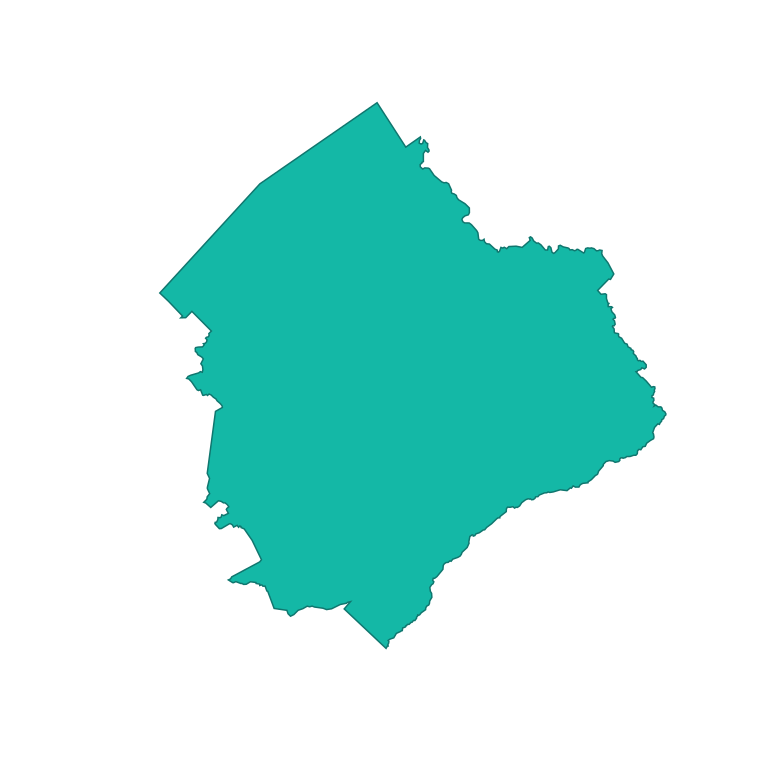 the district of El Alto, Catamarca, Argentina, rotated 225°
{"feature_id": "61730980B19433533444932", "entity_name": "El Alto", "entity_type": "district", "adm_level": 2, "iso_a3": "ARG", "parent_name": "Argentina", "parent_adm1": "Catamarca", "projection": "albers", "projection_center": [-65.454, -28.418], "detail": "fine", "context": "isolated", "style": "filled", "palette": "teal", "viewbox_px": 768, "rotation_deg": 225, "n_neighbors": 0, "source": "geoboundaries", "source_scale": "gbopen_adm2", "svg_char_len": 6171}
<svg xmlns="http://www.w3.org/2000/svg" viewBox="0 0 768 768"><g transform="rotate(225 384 384)"><path d="M606.9,289.8L594.8,290.1L574.5,289.6L574.5,287.1L571.1,290.7L571.2,299.5L543.5,299.4L543.5,295.8L542.0,294.7L541.6,293.1L542.6,291.4L542.5,290.2L540.4,290.1L539.3,288.4L539.1,286.6L540.2,284.8L538.9,284.7L538.6,283.1L538.6,281.9L541.5,278.7L542.9,276.6L542.7,275.7L540.3,273.6L538.8,273.9L536.4,273.1L531.8,274.2L529.5,274.0L527.8,268.8L525.2,268.4L522.2,266.1L520.8,263.8L522.6,262.9L522.9,260.8L526.9,253.5L527.9,250.8L527.5,248.4L525.7,249.5L521.8,249.5L512.2,247.7L510.6,248.2L509.6,250.2L504.3,247.9L503.6,248.3L502.2,251.0L500.7,251.1L500.6,253.2L498.4,254.0L495.3,254.0L492.3,254.6L490.1,254.1L485.9,254.4L483.1,254.1L481.7,253.1L483.8,245.5L445.8,195.8L440.6,193.9L435.8,186.0L434.9,185.1L429.7,183.2L429.3,179.3L427.8,177.2L427.8,172.9L425.9,173.8L419.2,174.2L418.5,184.4L416.0,185.9L413.5,186.4L412.3,187.6L409.4,187.9L406.9,187.4L407.1,184.9L406.8,183.8L402.6,182.5L404.2,177.7L406.2,176.8L405.1,174.8L405.3,173.7L407.0,172.2L405.7,170.8L404.7,168.0L405.4,167.0L405.0,166.8L405.2,166.0L404.1,165.5L398.1,165.3L396.8,166.8L394.5,175.8L393.9,176.6L391.6,177.2L389.1,176.5L387.9,180.2L385.5,179.9L385.6,181.6L384.4,182.1L383.6,181.4L380.4,182.7L366.7,180.2L346.4,173.1L346.1,170.3L355.3,140.0L354.7,137.7L355.5,135.4L350.6,136.5L349.9,137.1L349.0,139.5L344.0,141.8L343.5,142.5L341.6,143.0L339.8,145.0L338.6,149.7L334.2,153.1L333.4,152.5L330.4,154.6L329.4,153.7L328.7,155.1L327.9,155.6L326.7,155.4L325.1,157.0L320.5,154.8L319.6,155.2L303.0,147.6L292.6,155.3L289.4,153.7L285.9,153.7L284.7,157.2L284.7,163.3L282.5,167.8L281.2,172.6L279.0,173.9L277.8,176.1L275.5,177.1L268.6,182.3L265.1,183.9L262.1,188.0L259.0,197.2L255.6,202.3L255.4,203.8L253.8,206.4L253.1,196.8L195.6,198.5L196.3,201.2L195.8,201.7L196.9,202.3L197.5,204.1L198.5,205.4L199.8,205.6L199.3,208.0L197.6,211.4L198.9,216.4L197.2,221.0L197.2,222.2L196.7,222.6L198.3,224.7L197.2,226.9L197.1,227.8L197.6,228.3L197.2,229.3L197.5,230.5L196.3,231.8L196.3,234.6L195.7,235.3L195.9,237.7L194.9,238.6L195.3,241.3L196.1,242.2L196.2,243.7L196.8,244.5L195.9,245.0L195.6,246.2L195.9,248.6L195.0,253.8L196.3,255.4L196.7,257.5L196.1,259.3L196.6,260.8L198.3,263.0L199.3,267.0L202.3,269.6L204.6,270.2L207.7,272.5L208.4,275.6L208.1,277.5L208.9,279.4L210.6,279.5L211.8,281.4L210.8,282.4L210.4,285.2L211.3,294.6L213.8,297.6L214.2,299.1L214.0,301.4L212.5,303.3L212.4,305.5L211.2,306.1L211.5,308.8L209.2,313.6L208.5,316.2L208.9,318.3L209.8,320.2L209.6,327.2L211.3,331.6L212.3,332.2L215.5,336.9L215.0,339.6L214.1,340.1L213.3,339.6L212.6,341.0L213.0,343.1L211.4,346.3L210.6,351.0L209.7,352.1L210.0,355.2L209.1,361.3L209.0,368.4L208.8,369.8L207.5,371.3L208.1,371.8L208.2,372.8L207.3,380.2L209.2,382.3L209.6,384.2L207.5,386.2L206.1,388.4L203.9,388.6L203.6,390.1L202.4,391.1L201.9,393.7L202.7,397.5L202.0,402.4L200.9,404.8L199.6,405.6L199.3,406.3L197.8,406.5L196.7,407.9L196.4,409.9L197.0,411.4L195.5,413.2L195.7,415.3L193.5,420.5L192.0,422.2L191.6,423.7L190.1,424.5L188.0,427.4L184.6,433.8L179.2,438.0L178.8,442.3L177.8,442.8L178.2,445.7L175.8,446.4L173.3,449.0L173.9,451.0L173.7,452.8L173.1,454.4L169.9,458.4L170.5,459.2L169.7,463.0L169.8,468.8L169.3,470.5L169.3,471.5L170.6,474.1L171.2,481.3L172.1,482.2L172.2,486.1L170.6,489.1L167.5,491.5L165.2,492.0L163.2,495.1L163.2,496.7L164.2,497.5L164.4,498.8L163.5,500.3L162.5,500.5L161.2,502.8L161.1,504.3L158.7,506.8L157.1,510.1L155.5,511.7L155.6,513.8L157.5,516.1L157.5,518.1L155.9,519.1L156.6,522.6L155.2,524.7L156.4,527.8L155.7,532.5L154.7,535.9L155.6,537.4L158.1,539.2L159.6,539.6L162.0,544.6L162.2,549.4L160.7,550.2L161.2,551.4L161.5,554.2L162.4,555.3L161.8,557.1L163.0,559.6L162.8,561.2L163.5,562.2L165.8,562.9L168.4,562.3L170.7,563.6L172.0,563.6L174.0,561.7L176.9,561.3L177.4,559.5L177.8,560.8L180.3,560.8L181.2,561.6L181.6,563.3L183.3,564.7L185.0,563.9L186.2,565.3L185.8,566.7L186.9,568.4L187.3,570.0L188.6,570.8L189.1,572.3L190.5,573.4L191.8,572.5L192.5,570.8L200.6,571.5L205.6,571.4L207.0,570.4L214.5,570.9L213.9,572.0L214.1,573.1L212.7,575.8L213.1,577.8L210.4,578.9L210.4,581.2L212.2,583.0L217.0,583.3L218.1,581.8L219.7,581.7L220.6,580.3L222.0,580.3L222.9,581.2L224.4,581.3L225.6,582.0L229.3,581.9L230.4,583.5L231.9,583.8L233.5,583.0L234.6,583.8L237.8,582.8L240.2,584.1L242.7,583.0L248.4,584.4L251.2,583.5L252.3,583.9L253.4,585.2L254.1,585.2L256.7,583.4L257.7,583.4L260.3,585.7L263.0,586.0L263.4,586.9L262.5,587.7L262.8,589.7L265.6,591.6L267.8,591.7L268.0,592.6L267.2,593.9L267.3,594.6L269.7,596.0L273.9,596.2L275.7,597.1L276.8,597.8L276.6,599.7L277.7,599.6L280.2,597.3L281.8,598.7L281.8,600.6L282.1,599.6L283.2,599.7L287.1,601.7L289.9,604.5L291.4,604.2L294.0,600.9L299.1,601.2L299.3,617.1L297.8,618.1L299.3,624.3L311.2,628.0L319.8,629.1L322.2,630.1L324.2,632.6L326.3,631.2L326.9,629.6L328.0,628.4L331.3,628.2L333.7,626.8L334.3,625.7L336.2,624.3L337.2,622.4L335.3,618.6L335.5,617.8L342.1,616.3L342.8,615.6L342.9,614.0L343.6,612.9L345.9,612.1L347.3,610.3L349.1,610.6L350.1,610.3L354.2,607.7L357.5,606.7L358.2,605.0L356.2,602.8L356.0,597.8L356.4,596.3L358.5,596.0L362.4,598.4L364.5,598.3L365.0,597.4L363.1,594.4L364.7,592.8L371.5,593.4L374.7,592.8L375.6,591.5L379.4,591.0L382.4,592.0L384.4,591.7L384.8,590.3L382.2,588.9L382.9,578.3L388.0,574.9L392.9,569.5L392.9,566.5L395.7,565.7L396.1,564.1L397.9,563.3L396.2,559.6L396.3,558.2L397.4,557.7L398.5,558.8L400.9,557.8L408.4,557.5L410.8,555.6L413.6,555.7L415.6,557.1L415.9,555.2L417.4,553.7L418.7,553.4L419.5,553.4L424.5,557.3L426.9,558.0L434.8,558.5L437.6,558.1L440.9,554.9L443.0,554.5L445.3,555.5L445.9,557.3L445.6,560.2L444.0,563.3L444.8,565.6L448.1,568.8L453.9,568.8L461.6,567.0L464.4,567.4L466.2,568.5L468.8,568.0L471.0,566.8L472.5,567.6L473.3,568.8L479.9,571.3L482.5,570.5L483.8,568.7L486.2,567.7L496.0,566.9L504.1,568.4L505.4,567.9L508.0,565.6L508.6,563.4L511.9,563.2L513.6,564.7L513.4,567.1L513.9,567.5L513.4,569.1L519.2,574.9L519.8,578.5L516.8,579.0L516.8,580.5L517.7,581.3L520.5,582.0L523.1,584.9L524.9,584.4L527.6,585.0L528.5,584.7L526.8,581.5L527.5,579.9L529.4,579.2L531.2,581.3L531.7,583.5L533.0,584.4L536.1,566.9L587.8,578.0L613.3,437.8L606.9,289.8Z" fill="#14b8a6" stroke="#0f766e" stroke-width="1.5"/></g></svg>